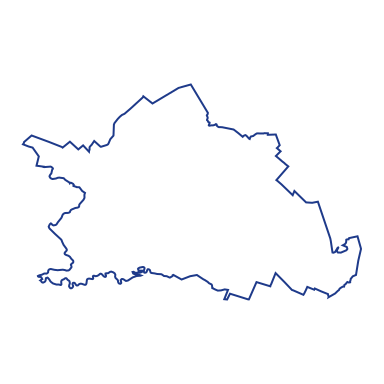 Ciacova, Timis, Romania (Natural Earth projection)
{"feature_id": "2599482B63643580680860", "entity_name": "Ciacova", "entity_type": "district", "adm_level": 2, "iso_a3": "ROU", "parent_name": "Romania", "parent_adm1": "Timis", "projection": "natural_earth1", "projection_center": [21.088, 45.537], "detail": "fine", "context": "isolated", "style": "outline", "palette": "blue", "viewbox_px": 384, "rotation_deg": 0, "n_neighbors": 0, "source": "geoboundaries", "source_scale": "gbopen_adm2", "svg_char_len": 5851}
<svg xmlns="http://www.w3.org/2000/svg" viewBox="0 0 384 384"><path d="M293.1,290.3L303.4,294.8L304.1,293.7L305.7,290.5L307.3,286.9L314.2,289.7L314.8,288.5L321.0,291.3L328.0,294.1L328.1,295.1L328.7,296.9L328.6,297.2L335.1,293.5L337.9,290.8L338.9,290.1L339.6,288.7L340.8,287.8L342.8,286.6L344.1,286.6L344.4,284.9L345.6,284.1L347.1,282.2L347.4,282.0L348.6,282.5L350.0,282.4L350.2,282.2L350.1,281.2L350.6,279.9L350.7,278.9L352.8,276.3L355.2,275.3L355.6,274.9L356.0,274.9L358.3,260.6L361.0,248.9L360.6,247.3L357.5,236.3L349.1,238.1L348.6,239.3L347.3,239.3L346.3,239.7L346.2,241.5L346.0,242.7L345.7,243.2L344.8,244.2L342.8,245.3L346.8,247.0L347.3,248.6L347.3,249.1L346.3,250.3L340.9,252.6L337.9,252.5L337.1,251.5L336.9,250.6L337.2,249.8L338.3,247.7L338.2,247.5L337.7,247.7L335.1,252.0L333.5,252.7L332.5,252.5L330.8,241.0L330.3,238.5L317.9,201.7L312.2,202.8L306.1,202.4L294.4,191.0L292.7,195.2L281.5,184.4L277.7,181.1L276.4,180.1L288.3,166.4L285.3,164.0L284.3,163.0L282.2,161.4L275.9,156.0L280.6,151.3L276.9,148.1L277.6,147.5L279.7,145.2L275.8,134.5L267.8,134.8L267.9,133.3L264.3,133.2L263.4,133.5L257.2,133.4L256.7,133.5L255.4,134.3L253.2,136.0L250.9,136.5L250.2,137.5L249.7,139.0L249.1,138.7L246.4,135.7L245.4,135.1L244.7,135.3L243.5,135.9L242.7,136.8L238.3,133.1L233.6,129.5L222.0,127.2L218.8,127.1L218.0,126.7L217.1,126.0L216.8,125.6L216.6,124.5L216.0,124.1L215.8,124.1L214.8,124.9L212.9,125.4L211.9,125.3L209.3,125.7L208.8,125.4L208.8,125.1L209.6,123.0L209.6,122.6L208.2,121.9L207.7,120.7L207.0,120.1L207.0,119.8L207.6,118.3L207.7,117.9L207.5,117.0L206.8,115.5L206.9,115.1L207.5,114.5L207.9,112.9L190.8,84.5L178.6,87.9L152.5,103.5L143.3,96.3L142.8,97.4L130.3,108.8L124.5,113.8L121.9,115.0L119.8,116.8L117.8,118.9L114.5,123.1L113.9,124.6L113.5,135.3L113.4,135.7L110.3,139.2L108.5,143.5L108.0,144.3L106.8,145.0L100.9,146.8L100.3,146.5L94.2,141.0L91.5,145.0L91.0,145.4L89.7,147.0L89.5,147.8L89.6,149.1L89.5,149.8L89.1,150.8L89.0,151.7L83.1,145.4L78.3,149.4L69.9,141.7L62.6,147.6L61.9,147.0L48.9,141.9L31.6,135.5L24.1,142.0L23.8,143.2L23.0,144.3L28.6,146.5L32.6,147.6L38.8,156.4L36.5,165.7L42.3,166.5L43.8,166.7L43.7,167.0L44.2,167.1L50.6,166.6L51.5,167.0L52.7,168.1L52.9,168.4L52.8,168.9L52.2,169.7L51.3,173.5L50.3,174.6L49.5,176.2L49.8,177.1L50.6,178.2L52.3,179.0L52.8,179.0L56.0,178.5L57.7,177.8L59.2,177.6L63.7,178.2L65.3,179.9L69.4,182.5L69.8,183.3L70.2,182.8L70.6,182.7L71.4,182.9L73.0,183.8L73.8,184.8L73.8,185.2L73.4,185.9L73.7,186.1L75.9,186.7L76.4,187.1L79.4,187.3L82.2,191.0L85.0,192.9L84.5,194.3L84.4,195.6L84.5,197.4L84.3,198.3L83.4,199.9L79.9,203.8L79.3,204.7L79.1,206.4L78.8,207.0L77.7,207.6L75.3,208.0L71.7,209.5L70.8,210.1L70.2,211.1L69.8,212.2L69.3,212.5L68.0,212.9L65.2,213.0L64.1,213.4L63.0,214.3L62.4,215.3L61.9,216.8L61.3,218.0L57.9,222.2L56.5,224.4L55.6,225.0L53.5,225.4L52.6,225.0L51.1,223.5L50.8,223.4L49.8,224.3L48.7,226.6L49.0,227.6L49.7,228.7L54.9,233.8L61.0,239.4L61.6,240.2L62.1,241.7L63.6,244.9L66.4,248.7L66.8,249.7L66.8,250.1L66.6,250.6L64.8,252.6L64.6,253.5L64.9,254.2L66.0,254.9L68.5,255.8L69.9,256.8L71.3,258.8L73.1,260.6L73.3,261.3L73.2,262.4L72.6,263.1L71.6,263.7L70.9,264.7L70.9,264.9L71.4,266.1L71.5,266.6L71.4,267.4L69.5,269.8L68.6,270.4L67.8,270.5L66.4,270.6L65.0,270.1L62.8,269.7L57.7,270.2L54.3,269.8L50.8,269.0L49.4,269.3L48.6,270.0L48.2,270.9L48.1,272.4L47.3,273.2L46.5,273.6L44.7,273.5L44.1,273.6L41.9,274.7L39.4,275.3L37.9,276.0L38.0,276.4L39.0,276.9L39.6,276.8L40.9,277.0L41.2,277.2L41.7,278.0L42.2,279.1L41.5,279.4L40.4,280.4L40.7,280.5L41.6,281.9L42.2,282.4L42.9,282.6L43.4,282.5L44.6,281.9L45.2,281.3L45.6,280.5L45.9,278.2L47.4,277.6L47.8,277.8L49.4,279.6L50.1,280.9L50.6,281.5L51.3,282.2L53.1,283.5L56.3,284.5L58.7,284.5L60.6,285.0L61.0,284.9L61.4,284.3L61.2,281.7L61.3,281.2L61.7,280.4L62.3,279.9L63.8,279.3L64.8,278.5L65.6,278.2L66.1,278.2L66.6,278.5L67.6,279.8L69.1,280.8L69.5,281.3L69.8,282.9L69.8,283.6L69.2,285.2L69.1,286.5L70.0,287.9L70.7,288.3L71.6,288.2L72.3,287.7L72.9,286.9L73.1,286.4L73.1,285.7L72.6,284.6L72.5,284.0L72.8,283.1L73.2,282.8L74.2,282.8L74.6,282.9L76.2,285.1L76.8,285.5L77.8,285.4L79.2,284.1L80.4,283.7L81.7,283.8L84.6,284.8L85.4,284.8L85.9,284.5L86.4,283.6L86.9,280.0L87.2,279.3L88.2,278.7L89.4,278.6L92.3,279.1L92.8,279.0L93.1,278.7L93.2,278.4L93.2,278.0L92.9,276.5L93.2,275.9L93.9,275.7L95.7,276.2L97.2,275.9L98.5,275.2L100.0,273.9L100.4,273.7L101.4,273.9L102.1,274.5L103.6,276.2L104.6,276.8L105.3,276.9L105.7,276.7L106.0,276.1L106.0,275.6L105.4,274.1L105.5,273.5L106.1,273.3L108.1,273.2L110.0,271.9L111.2,271.6L113.4,272.4L114.7,273.4L115.3,274.6L115.3,275.2L115.1,276.4L115.2,277.0L115.6,278.0L117.4,279.7L117.9,280.4L118.1,281.9L118.5,282.9L119.1,283.5L120.2,283.8L120.8,283.5L121.2,283.0L121.2,282.4L120.7,280.2L121.6,279.1L122.4,279.0L123.5,279.3L125.8,280.9L126.5,280.9L128.0,280.5L132.7,277.4L136.6,276.0L140.5,275.7L141.0,275.5L138.4,274.6L135.7,274.4L134.2,274.0L133.2,273.5L132.6,272.0L133.6,271.8L135.1,272.7L136.4,272.9L138.4,272.3L139.2,272.7L140.0,272.7L142.0,271.9L142.9,271.4L142.9,271.0L142.5,270.7L138.6,270.6L138.0,268.9L138.4,268.3L139.7,267.6L142.7,267.0L143.7,267.1L144.5,267.9L144.5,268.7L143.9,270.4L143.9,271.8L144.2,272.5L144.4,272.7L145.3,272.7L146.3,272.3L146.7,271.6L147.1,270.5L147.5,269.5L147.9,269.2L148.8,269.3L149.9,270.1L150.4,271.9L150.7,272.6L151.6,273.0L154.6,273.4L157.2,274.0L161.1,274.2L161.9,274.5L164.0,276.0L166.7,276.2L169.5,277.5L170.1,277.5L170.6,277.2L172.3,276.2L172.7,275.8L172.7,275.2L173.3,274.9L181.6,279.5L190.2,276.2L196.9,275.0L203.5,279.4L204.6,279.9L207.7,281.9L209.0,283.2L211.5,284.4L212.0,285.3L212.3,288.1L212.8,288.2L212.8,288.3L215.2,289.5L217.8,290.6L221.0,290.4L224.7,289.4L228.0,289.9L224.3,299.2L227.1,299.5L230.0,293.7L248.2,299.4L248.5,299.4L248.9,299.4L256.5,282.1L270.3,286.3L270.7,284.9L271.2,284.1L275.6,273.1L284.4,282.0L292.0,290.0L293.1,290.3Z" fill="none" stroke="#1e3a8a" stroke-width="2"/></svg>